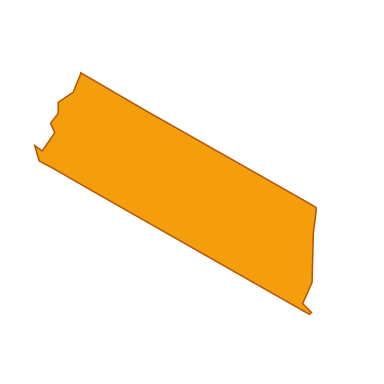 Lincoln, North Carolina, United States of America, rotated 207°
{"feature_id": "52423323B90543802473201", "entity_name": "Lincoln", "entity_type": "district", "adm_level": 2, "iso_a3": "USA", "parent_name": "United States of America", "parent_adm1": "North Carolina", "projection": "orthographic", "projection_center": [-81.221, 35.484], "detail": "fine", "context": "isolated", "style": "filled", "palette": "amber", "viewbox_px": 384, "rotation_deg": 207, "n_neighbors": 0, "source": "geoboundaries", "source_scale": "gbopen_adm2", "svg_char_len": 495}
<svg xmlns="http://www.w3.org/2000/svg" viewBox="0 0 384 384"><g transform="rotate(207 192 192)"><path d="M32.0,136.3L31.2,137.8L30.8,138.9L42.7,142.8L44.0,166.0L65.1,210.2L73.0,232.1L74.8,234.7L75.5,234.7L77.1,234.8L175.5,239.3L184.9,239.7L270.0,243.5L345.3,247.7L344.8,246.7L343.2,226.8L351.9,211.2L346.9,201.3L349.2,189.1L341.2,182.4L344.1,160.6L353.2,161.9L342.2,150.3L332.7,150.1L325.6,150.0L285.5,147.9L32.2,136.3L32.0,136.3Z" fill="#f59e0b" stroke="#b45309" stroke-width="1.5"/></g></svg>